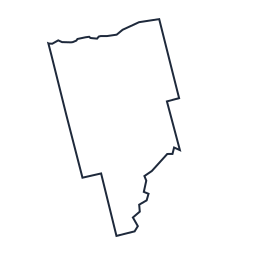 the district of Hernando, Florida, United States of America, rotated 76°
{"feature_id": "52423323B94618395838075", "entity_name": "Hernando", "entity_type": "district", "adm_level": 2, "iso_a3": "USA", "parent_name": "United States of America", "parent_adm1": "Florida", "projection": "equal_earth", "projection_center": [-82.437, 28.564], "detail": "fine", "context": "isolated", "style": "outline", "palette": "slate", "viewbox_px": 256, "rotation_deg": 76, "n_neighbors": 0, "source": "geoboundaries", "source_scale": "gbopen_adm2", "svg_char_len": 673}
<svg xmlns="http://www.w3.org/2000/svg" viewBox="0 0 256 256"><g transform="rotate(76 128 128)"><path d="M229.9,165.3L229.9,146.6L225.6,142.2L216.0,144.9L212.0,136.8L205.1,135.7L202.7,127.4L196.8,124.0L193.8,128.1L183.5,123.0L178.6,123.7L175.5,115.3L162.7,96.2L163.9,91.1L158.1,88.0L162.0,83.0L111.6,83.8L111.4,71.2L82.5,71.3L29.9,71.4L28.0,91.7L31.4,109.5L34.7,116.4L33.7,126.3L32.2,132.3L32.2,134.2L33.8,136.4L31.9,141.8L31.5,142.7L30.1,143.6L29.7,147.2L29.4,155.5L30.7,157.0L31.3,160.8L31.1,162.6L28.7,171.2L26.1,174.5L27.9,181.1L26.9,184.4L26.6,184.8L39.2,184.7L100.2,184.7L165.2,184.2L165.6,165.1L229.9,165.3Z" fill="none" stroke="#1e293b" stroke-width="2"/></g></svg>